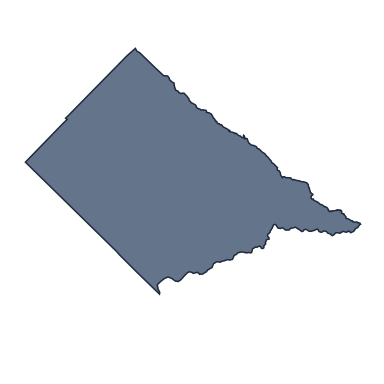 Shasta, California, United States of America, rotated 225°
{"feature_id": "52423323B16590015395010", "entity_name": "Shasta", "entity_type": "district", "adm_level": 2, "iso_a3": "USA", "parent_name": "United States of America", "parent_adm1": "California", "projection": "albers", "projection_center": [-122.484, 40.735], "detail": "fine", "context": "isolated", "style": "filled", "palette": "slate", "viewbox_px": 384, "rotation_deg": 225, "n_neighbors": 0, "source": "geoboundaries", "source_scale": "gbopen_adm2", "svg_char_len": 5856}
<svg xmlns="http://www.w3.org/2000/svg" viewBox="0 0 384 384"><g transform="rotate(225 192 192)"><path d="M305.9,253.8L327.4,253.5L330.6,252.6L333.6,253.5L334.3,242.3L333.5,158.5L333.6,154.8L331.6,155.0L331.7,148.7L330.9,95.3L202.9,96.6L199.4,96.3L175.7,96.3L142.8,96.8L143.8,98.2L147.5,99.5L151.0,101.9L150.9,106.5L150.3,111.4L148.8,115.1L145.1,116.6L140.8,117.2L138.4,119.0L137.8,122.1L138.1,126.6L138.2,131.4L137.4,133.8L135.4,135.0L133.6,135.3L132.4,137.3L131.4,139.1L128.9,139.4L128.5,139.1L126.2,141.9L126.2,142.9L125.9,144.4L125.3,146.0L125.6,146.8L125.8,148.3L125.3,149.1L125.1,150.8L124.4,152.7L126.1,156.6L125.6,158.3L125.4,159.5L125.1,160.1L124.5,160.8L123.2,161.7L122.1,162.7L122.1,163.5L121.6,164.8L120.8,165.6L120.1,167.2L119.0,169.4L117.2,170.5L115.8,173.0L116.4,174.8L117.2,176.5L117.1,177.7L116.5,179.1L116.6,181.8L115.7,182.6L115.4,183.2L115.4,183.6L113.8,185.3L112.8,186.0L112.1,186.3L111.5,187.0L110.5,187.3L110.0,188.0L109.9,188.4L108.9,189.6L108.0,189.9L107.0,191.2L107.7,192.6L108.6,193.9L109.0,194.9L108.6,195.9L108.2,197.9L107.0,198.9L106.2,201.3L105.4,201.7L104.1,201.7L103.5,201.3L102.7,201.5L102.2,201.8L101.7,203.0L102.0,203.7L103.0,204.6L103.1,205.9L103.3,207.5L104.4,208.1L104.6,208.7L104.5,209.1L105.5,210.5L105.2,211.7L104.6,212.6L104.2,213.3L105.2,214.1L107.5,214.3L108.5,215.7L108.3,216.9L108.3,218.7L109.0,219.6L109.2,220.9L109.6,222.2L109.7,223.1L110.0,223.6L110.6,225.3L111.1,226.3L110.5,227.7L109.3,228.1L107.1,227.5L105.4,227.4L103.5,229.0L103.1,230.5L101.4,231.1L100.1,231.0L99.0,231.2L97.9,232.3L96.5,233.7L96.6,235.9L94.8,238.6L94.0,240.3L91.6,240.7L88.2,241.5L87.1,241.5L86.1,241.9L85.7,243.3L86.1,244.6L85.2,246.0L83.5,246.7L81.5,247.0L80.0,248.4L79.6,249.3L79.3,249.5L79.1,249.9L79.1,250.3L78.3,251.4L77.6,253.7L77.3,254.2L76.6,254.6L76.0,254.3L74.2,253.9L72.3,254.7L71.5,256.1L71.2,257.8L69.0,259.1L67.0,258.9L64.6,260.1L63.3,260.1L61.9,260.3L61.4,262.1L61.5,264.8L60.1,266.3L58.1,267.5L57.9,269.0L57.3,271.0L55.6,271.9L54.3,272.8L53.7,274.5L53.7,275.1L52.8,275.5L52.2,275.4L50.9,275.5L50.5,276.8L50.0,278.0L49.9,279.4L50.5,281.6L49.7,284.2L49.8,285.1L50.1,285.4L50.2,285.9L50.1,286.4L50.3,288.1L50.1,288.4L51.2,288.7L52.7,287.9L53.2,287.3L54.2,287.5L54.8,286.7L55.3,285.9L56.0,285.6L56.4,285.1L57.0,284.8L57.5,285.1L58.5,284.9L58.9,284.3L61.2,283.9L61.4,283.8L61.6,283.6L62.7,283.4L63.0,283.1L63.7,282.7L64.4,282.7L64.8,282.4L65.2,282.8L65.7,283.3L65.9,283.4L68.0,283.4L68.3,283.6L68.7,283.5L68.9,283.5L69.0,283.9L69.4,283.9L69.6,283.7L70.1,283.4L70.2,283.2L70.6,283.0L70.9,283.1L71.6,282.9L71.8,283.4L72.3,283.7L72.3,284.0L73.0,284.3L73.3,284.1L74.1,284.3L74.3,284.1L74.2,283.9L74.5,283.7L74.5,283.4L74.8,283.4L75.1,283.5L75.3,283.2L75.7,282.9L75.8,282.8L75.8,282.3L76.0,282.2L76.3,281.9L76.4,282.2L76.6,282.3L76.7,282.1L76.7,281.8L76.9,281.6L76.9,281.4L76.8,281.2L77.0,281.1L77.1,280.7L77.5,280.4L78.2,279.2L78.8,278.5L79.2,278.3L79.3,277.8L79.9,277.3L80.0,276.9L79.9,276.6L80.1,276.6L80.3,276.7L80.5,276.5L80.4,276.2L80.8,276.1L80.9,275.7L81.1,275.7L81.4,275.4L81.7,275.3L81.9,275.4L82.1,275.6L82.6,275.6L82.9,275.5L83.1,275.7L83.2,276.0L83.6,276.1L84.2,276.2L84.6,276.4L85.5,276.4L86.2,276.1L87.2,276.0L87.5,275.5L87.9,275.3L88.1,275.5L88.6,275.2L89.7,275.1L91.5,274.8L91.9,274.3L92.4,273.9L94.2,273.9L94.8,273.8L95.7,273.9L96.1,273.7L96.4,273.3L97.6,273.2L98.4,272.8L100.3,272.2L100.6,272.4L100.9,272.8L101.2,272.9L101.4,272.6L101.3,272.3L101.6,272.0L102.1,271.8L103.6,272.0L104.0,272.6L104.8,273.2L104.7,274.0L104.7,274.9L104.6,275.3L104.8,275.8L105.2,275.8L106.5,275.5L107.2,275.6L107.6,275.5L108.4,275.6L109.0,276.2L111.1,277.1L111.9,277.9L113.3,278.0L114.9,279.4L117.4,279.7L119.2,278.7L120.9,277.7L122.3,276.4L123.9,275.9L126.3,274.1L129.0,272.7L129.1,271.9L130.8,271.5L132.2,271.8L135.0,269.3L135.7,268.4L137.4,268.3L138.8,266.5L138.5,266.1L141.5,266.7L143.2,268.1L145.4,268.6L146.6,267.8L148.1,268.5L148.8,269.7L150.8,269.6L154.2,269.7L156.4,269.2L158.4,270.0L160.5,270.0L162.9,270.3L165.4,270.2L167.7,270.6L169.7,270.0L171.7,269.8L174.8,269.9L176.6,268.9L178.3,269.6L181.0,268.7L183.2,267.2L186.5,266.8L188.7,267.7L190.6,268.7L191.8,268.0L192.2,266.9L192.8,267.0L193.1,267.8L195.1,268.7L195.6,268.7L195.5,268.3L194.9,267.8L194.0,267.7L193.7,266.9L194.1,266.4L196.2,265.7L197.3,265.8L197.9,265.4L199.1,264.9L200.4,264.8L201.9,264.8L203.0,264.2L202.9,263.8L203.4,263.5L203.8,263.7L205.2,263.1L206.2,262.5L207.8,261.4L208.0,261.5L208.6,262.1L209.0,261.3L209.3,261.6L209.4,261.9L210.2,261.6L211.3,261.6L213.2,260.9L214.2,260.7L215.0,260.3L216.0,260.0L217.6,260.3L218.7,260.4L219.1,260.2L219.2,259.8L220.8,259.1L221.1,259.5L221.8,259.1L222.4,258.6L223.0,258.6L223.8,259.0L224.1,259.3L224.6,259.2L225.1,258.7L225.4,258.9L225.3,259.1L225.8,259.2L226.4,259.1L226.8,259.3L228.1,259.6L229.4,259.5L230.2,259.7L230.6,260.1L231.3,260.1L232.0,260.4L232.2,260.2L232.8,260.6L233.5,260.8L234.5,260.4L235.7,260.2L236.4,259.8L236.9,259.2L238.0,258.6L238.1,258.9L238.5,259.2L239.3,259.5L239.8,259.4L240.1,259.6L240.6,259.1L241.1,258.5L241.4,258.3L241.8,258.3L242.2,258.0L243.5,256.6L244.1,256.2L244.7,256.3L245.8,255.8L246.3,255.4L246.9,255.3L247.3,255.1L247.8,255.2L248.3,255.0L248.9,255.3L250.0,255.5L250.4,256.0L251.8,255.9L253.1,255.4L254.3,255.2L255.4,254.6L255.7,254.5L256.0,254.7L258.3,254.9L258.5,254.7L258.8,254.8L259.1,254.9L260.2,255.8L260.5,255.8L261.2,255.8L262.8,256.1L264.6,256.2L265.5,256.1L267.3,256.3L267.8,256.0L268.1,255.6L268.7,255.1L268.9,254.7L269.3,254.3L269.5,253.8L269.9,253.5L270.3,253.5L271.6,253.0L272.2,253.1L272.5,253.4L273.0,253.5L273.7,253.2L274.3,252.9L275.3,252.5L276.5,253.0L277.0,253.1L277.6,253.2L277.6,253.5L277.9,253.7L279.0,254.2L279.4,254.4L279.6,254.7L279.9,254.9L280.1,254.8L280.8,255.6L281.7,256.3L283.2,255.9L283.8,255.7L285.0,255.6L285.8,255.8L287.2,255.4L288.7,256.5L291.3,256.8L294.3,254.2L305.9,253.8Z" fill="#64748b" stroke="#1e293b" stroke-width="1.5"/></g></svg>